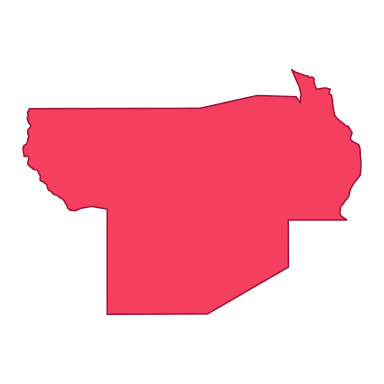 Sarmiento, San Juan, Argentina
{"feature_id": "61730980B2987031825940", "entity_name": "Sarmiento", "entity_type": "district", "adm_level": 2, "iso_a3": "ARG", "parent_name": "Argentina", "parent_adm1": "San Juan", "projection": "mercator", "projection_center": [-68.823, -32.078], "detail": "fine", "context": "isolated", "style": "filled", "palette": "rose", "viewbox_px": 384, "rotation_deg": 0, "n_neighbors": 0, "source": "geoboundaries", "source_scale": "gbopen_adm2", "svg_char_len": 3761}
<svg xmlns="http://www.w3.org/2000/svg" viewBox="0 0 384 384"><path d="M347.2,220.0L346.4,219.6L345.7,219.3L344.0,218.0L343.7,217.8L340.9,215.7L339.9,213.6L340.3,209.2L340.5,207.0L341.5,205.8L343.7,203.2L345.1,200.8L347.3,198.6L348.1,197.4L348.9,196.2L349.3,193.2L350.1,190.4L350.4,189.4L350.7,188.8L352.9,184.7L353.6,183.6L355.5,181.3L356.2,180.5L358.4,177.5L360.2,175.1L360.4,173.9L360.7,170.8L360.9,165.5L361.0,161.9L360.7,158.9L360.4,156.4L360.3,155.0L360.0,148.8L360.0,148.5L359.9,148.3L358.7,144.7L355.6,143.0L352.1,141.1L350.1,138.8L350.8,136.8L351.8,133.7L352.1,132.6L350.7,130.3L348.1,126.1L346.5,126.3L343.7,123.7L341.8,122.4L337.3,118.6L334.8,115.4L334.4,113.7L333.0,107.2L332.8,104.8L332.5,100.6L331.4,94.9L328.9,93.8L329.5,91.8L330.3,89.2L325.3,87.9L325.1,87.9L321.1,88.5L317.3,89.2L315.9,87.9L313.8,81.6L314.2,78.8L312.3,77.1L312.2,77.0L311.7,77.1L309.2,77.5L307.9,75.9L305.7,75.8L303.5,75.0L299.7,73.6L295.2,72.1L293.8,71.1L293.7,71.0L293.1,70.7L292.9,70.5L292.0,69.7L291.9,69.7L292.1,70.2L292.1,70.4L292.1,70.5L293.2,73.0L296.2,79.9L297.0,81.8L299.2,86.5L300.2,90.7L301.0,93.8L301.1,94.3L301.2,94.5L301.1,95.0L300.8,96.2L300.8,96.3L300.5,97.2L300.5,97.5L300.4,97.7L300.4,97.8L300.4,98.9L300.4,101.6L300.4,102.0L300.2,102.7L296.3,97.3L296.2,96.8L295.2,96.7L257.2,95.5L199.5,108.3L196.9,108.3L188.3,108.3L178.3,108.4L172.1,108.4L154.5,108.4L54.8,108.6L30.2,108.7L29.5,108.7L29.3,108.9L29.2,109.1L28.9,109.8L28.9,110.4L28.9,110.5L28.8,111.2L28.6,111.3L27.7,111.7L27.5,112.2L27.5,112.9L27.7,113.5L28.0,114.7L28.0,114.9L28.2,116.1L28.2,116.5L27.6,117.1L27.1,117.7L27.0,118.0L27.4,119.2L27.7,119.7L27.8,120.6L27.9,120.8L28.0,121.2L28.1,121.7L28.3,122.0L28.4,122.3L28.5,122.4L28.8,122.8L29.6,124.1L30.5,125.0L30.8,125.3L30.7,126.0L30.5,126.7L30.2,127.2L28.3,129.3L28.1,129.5L28.0,129.8L27.8,130.2L27.6,131.1L27.7,131.6L27.8,132.7L27.8,133.1L28.0,134.2L28.2,134.8L28.5,135.7L28.8,136.1L28.9,136.4L28.5,137.5L27.6,139.0L27.6,141.0L27.5,141.7L27.2,142.3L26.7,143.4L26.5,143.8L26.3,144.1L25.5,144.6L25.3,144.7L25.1,144.8L24.7,145.1L24.3,145.4L23.5,146.2L23.4,146.7L23.2,147.1L23.0,148.3L23.1,149.1L23.3,150.1L23.3,151.9L23.3,152.1L23.7,153.5L24.0,154.1L24.0,155.2L24.0,155.3L24.0,156.1L24.3,156.6L25.4,156.6L25.5,156.4L25.8,156.1L26.7,155.7L27.4,156.0L27.5,156.0L28.0,156.4L28.2,157.0L28.6,157.7L28.7,158.3L28.7,159.1L28.4,160.1L28.2,161.1L28.0,161.7L28.0,162.0L27.9,162.3L27.9,162.5L27.9,163.1L27.9,163.4L27.9,164.2L28.0,164.6L28.5,165.1L28.9,165.6L29.4,165.9L29.7,166.2L30.3,166.8L30.9,167.2L31.4,167.7L32.6,168.4L32.8,168.9L33.6,169.5L34.4,169.6L35.4,169.6L36.3,169.8L37.1,170.0L37.7,170.8L38.1,171.5L38.3,172.2L38.4,172.6L38.8,173.1L39.2,173.9L39.6,174.6L40.0,175.3L40.4,175.9L40.3,176.8L40.3,177.0L40.2,178.2L40.2,178.8L40.0,179.8L40.8,180.7L41.4,181.2L41.6,181.3L41.8,181.5L42.4,181.6L43.1,181.6L43.9,182.5L44.5,183.1L45.4,183.5L45.5,183.6L46.2,184.0L46.9,185.2L47.1,185.4L47.1,185.6L47.1,186.2L47.5,187.9L47.9,188.7L48.2,189.4L48.5,189.7L48.7,190.2L49.2,190.5L49.5,190.5L49.8,190.6L50.4,191.0L50.9,191.3L51.6,192.2L52.0,192.4L52.8,193.6L53.6,194.2L53.9,194.5L54.6,194.6L55.3,194.8L55.8,194.9L56.7,195.2L57.3,195.6L57.7,195.8L58.6,196.5L59.2,197.3L60.4,197.9L61.1,198.1L62.1,198.8L62.6,199.2L63.0,199.5L63.5,199.9L63.6,200.1L64.2,200.9L64.7,201.8L65.0,202.4L65.5,203.5L66.5,204.9L67.1,206.1L67.2,206.8L67.4,207.4L67.8,208.2L68.2,208.6L69.0,209.0L69.3,209.4L69.8,210.0L70.2,210.2L70.8,210.3L71.6,210.3L72.2,210.3L73.2,210.4L73.7,210.7L74.3,210.7L74.7,210.7L75.2,210.7L75.6,210.6L77.4,209.8L80.8,208.3L91.6,206.4L92.3,206.5L107.2,209.1L107.2,249.6L107.2,293.7L107.2,314.3L107.4,314.3L207.6,313.9L256.1,285.7L268.2,278.8L288.4,267.1L288.4,252.3L288.3,220.0L291.5,220.0L346.4,220.0L347.2,220.0Z" fill="#f43f5e" stroke="#9f1239" stroke-width="1.5"/></svg>